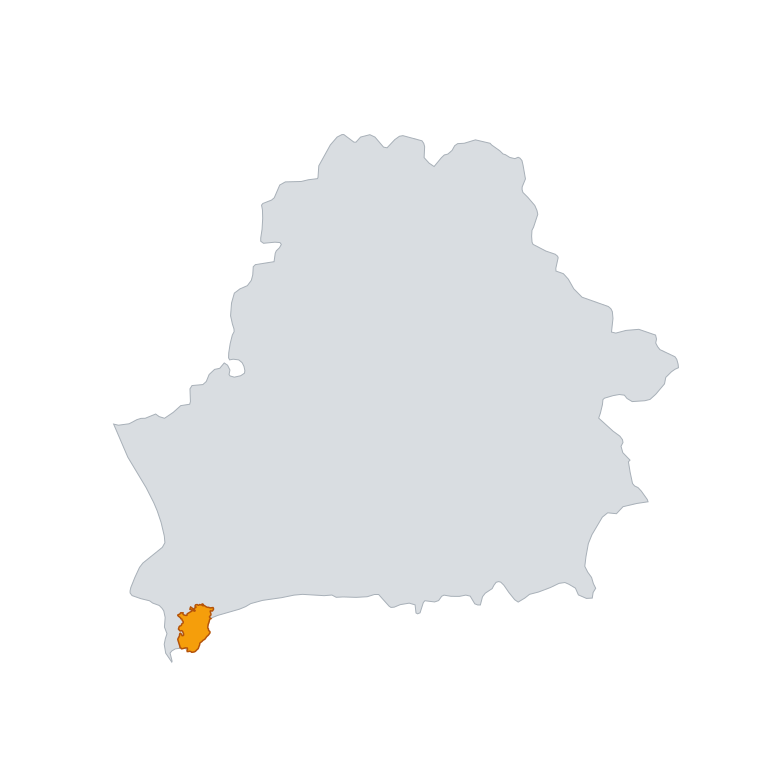 Malaryta, Brest, Belarus shown in context, rotated 348°
{"feature_id": "67162791B17752609820062", "entity_name": "Malaryta", "entity_type": "district", "adm_level": 2, "iso_a3": "BLR", "parent_name": "Belarus", "parent_adm1": "Brest", "projection": "mercator", "projection_center": [24.072, 51.803], "detail": "fine", "context": "in_parent", "style": "filled", "palette": "amber", "viewbox_px": 768, "rotation_deg": 348, "n_neighbors": 0, "source": "geoboundaries", "source_scale": "gbopen_adm2", "svg_char_len": 7633}
<svg xmlns="http://www.w3.org/2000/svg" viewBox="0 0 768 768"><g transform="rotate(348 384 384)"><path d="M617.8,554.1L606.2,553.4L592.3,553.7L584.4,559.2L576.0,556.5L569.9,559.6L556.1,574.6L550.7,582.6L545.6,595.0L542.5,604.1L544.2,610.5L546.8,616.4L547.3,622.8L548.6,627.8L545.2,631.4L543.2,636.7L537.4,635.8L530.3,630.7L528.8,623.5L523.3,618.4L519.7,615.8L513.8,615.4L504.3,617.7L491.9,619.6L482.6,620.0L477.4,622.6L469.9,625.2L467.0,622.2L462.8,613.9L459.4,605.7L457.0,602.1L455.0,601.1L452.4,601.3L449.5,603.9L447.3,606.6L439.5,609.7L436.1,612.6L432.3,620.2L429.7,619.6L427.1,617.9L424.2,609.4L420.1,607.5L413.5,607.4L405.4,605.6L398.8,603.0L396.3,603.6L392.4,607.2L388.2,607.7L378.9,604.5L377.0,606.0L371.7,615.3L369.1,615.8L367.7,614.6L368.5,606.5L363.1,603.6L354.0,603.2L347.6,604.4L344.4,604.0L342.8,602.4L335.0,588.8L330.8,587.9L323.4,588.6L312.4,586.9L299.8,583.8L292.9,582.7L289.2,579.6L281.5,578.6L260.5,572.8L252.0,571.8L239.4,571.7L220.3,570.4L208.0,571.1L202.3,573.0L195.7,574.2L173.0,575.8L164.9,577.3L162.5,580.2L159.9,586.5L150.5,597.4L141.4,604.6L139.7,605.3L134.4,601.4L130.0,600.1L124.8,599.7L121.1,600.9L118.8,602.7L119.1,611.1L118.6,611.9L114.5,601.9L114.9,592.9L117.1,587.8L119.8,583.1L118.7,576.1L121.4,566.9L121.4,560.2L120.3,557.3L118.1,553.9L112.2,550.2L109.6,547.3L101.5,543.4L93.6,538.6L92.2,535.6L92.6,533.6L94.0,530.5L100.1,521.4L106.7,512.6L110.9,509.0L133.2,497.7L136.7,493.7L137.5,487.0L137.2,473.3L135.8,460.9L134.1,452.2L129.8,436.0L118.2,402.3L111.2,367.0L115.7,369.1L126.4,369.9L134.9,367.5L139.3,367.1L143.2,367.9L154.4,365.9L157.2,369.1L162.2,371.9L172.0,367.9L180.7,362.9L189.7,363.4L191.0,361.0L193.2,348.4L195.9,345.6L206.7,346.9L210.7,344.6L214.9,338.4L221.3,334.5L226.6,334.5L232.1,330.2L234.9,333.1L236.2,338.3L234.4,342.5L235.1,344.1L239.0,346.2L245.6,346.1L249.8,344.4L250.7,342.0L250.7,337.7L249.7,333.7L246.9,330.2L241.7,328.4L238.0,328.3L237.4,326.1L238.6,321.3L241.9,312.6L245.8,304.6L248.3,301.6L248.7,298.9L248.2,294.0L248.1,285.4L251.7,273.1L256.5,264.0L262.9,261.0L270.8,259.4L275.8,255.0L278.3,250.0L280.5,242.1L283.0,240.5L301.9,241.5L304.8,233.5L306.4,231.3L310.1,229.0L312.6,226.1L311.6,224.0L306.8,222.6L295.4,221.3L293.1,218.7L293.8,215.5L296.9,207.3L299.8,196.7L301.3,188.4L301.4,183.6L303.1,182.2L312.3,180.7L315.4,179.0L323.4,167.7L329.5,165.8L345.2,168.7L352.5,168.5L361.6,169.3L362.4,168.2L365.6,157.0L381.2,139.0L389.5,132.7L394.7,131.3L396.6,131.7L404.9,141.2L406.9,141.6L412.4,137.6L422.0,137.2L426.5,140.6L432.8,152.2L436.1,153.6L445.5,147.1L450.6,144.9L454.1,145.0L471.7,154.0L472.9,156.9L473.1,160.3L470.3,170.9L474.0,177.3L478.2,181.7L487.3,174.5L490.6,172.5L494.2,172.4L499.1,169.7L502.7,165.6L506.0,164.2L512.5,165.2L524.2,164.2L537.8,170.6L539.0,172.6L545.8,180.0L548.2,183.7L550.4,184.9L554.1,188.5L558.9,190.8L562.3,190.1L563.9,191.3L565.4,194.1L565.5,199.0L565.0,212.8L560.1,220.0L559.5,222.5L559.7,225.5L563.6,231.5L568.6,240.7L569.7,246.0L569.7,250.0L562.9,261.7L560.7,264.4L559.1,270.2L558.3,276.0L558.8,278.4L570.1,287.7L578.5,292.7L580.4,295.2L580.6,296.7L576.1,306.6L575.7,309.3L582.4,313.4L586.1,319.8L589.4,330.3L595.8,340.3L619.6,354.9L621.6,357.6L622.4,360.7L621.6,367.5L617.3,380.5L621.3,382.4L631.8,381.9L644.6,383.5L659.8,392.6L659.9,396.7L658.3,400.4L659.4,404.4L661.0,407.7L674.3,417.9L675.5,420.8L675.8,425.7L675.4,429.3L671.7,430.1L667.7,431.8L661.0,436.1L658.4,442.2L647.6,450.6L641.0,454.4L635.7,454.6L623.1,452.8L618.7,448.7L616.8,444.9L612.0,443.2L605.6,443.0L596.7,443.7L594.9,444.8L593.4,449.5L589.6,457.5L586.9,462.0L598.2,477.7L603.9,484.1L605.7,488.1L605.6,490.9L602.9,494.2L603.3,500.8L608.8,509.6L606.9,510.9L606.4,521.6L606.4,533.0L607.9,535.8L610.9,538.1L613.4,542.2L617.5,551.7L617.8,554.1Z" fill="#d9dde1" stroke="#a8b0b8" stroke-width="1"/><path d="M129.7,599.2L130.0,599.2L130.4,599.8L130.6,600.6L131.0,601.0L132.4,601.0L134.1,600.8L134.9,600.8L135.9,601.1L136.7,601.4L136.7,602.3L136.5,603.0L135.9,603.7L135.9,604.8L136.7,605.0L137.9,605.0L138.6,605.1L139.7,605.8L140.1,606.4L141.3,606.6L142.8,606.6L143.9,606.3L145.7,605.1L147.3,604.2L148.4,602.3L149.1,601.4L149.5,600.7L149.8,599.5L150.6,598.8L152.2,598.1L153.8,597.0L155.7,596.4L156.7,595.5L158.1,594.2L159.9,593.2L160.7,592.5L162.0,591.3L162.2,590.6L162.2,589.9L161.4,588.8L161.2,588.2L161.4,587.1L160.9,586.0L161.2,584.8L162.2,582.3L163.0,581.2L163.6,580.0L164.5,578.1L165.3,577.6L166.0,577.5L165.8,577.2L165.4,576.9L165.1,576.4L164.9,575.9L164.9,575.4L165.3,575.0L165.7,574.7L166.3,574.3L166.6,574.0L166.7,573.8L166.8,573.5L166.9,572.9L166.8,572.1L166.7,570.5L166.7,570.2L166.9,569.9L167.2,569.8L167.5,569.8L168.0,570.1L168.4,570.3L169.0,570.3L169.4,570.0L169.7,569.6L170.0,569.4L170.3,569.1L170.5,568.5L170.5,568.1L170.5,567.6L170.2,567.1L169.8,567.1L169.4,567.0L168.6,567.0L167.8,566.9L167.1,566.7L166.7,566.5L166.4,566.2L166.2,566.0L165.9,566.0L165.5,565.9L164.6,565.6L164.0,565.1L163.3,564.6L162.7,563.8L162.4,563.5L161.9,563.4L161.5,563.3L160.8,563.3L160.5,563.0L160.9,562.8L161.2,562.6L161.5,562.5L161.5,562.1L161.3,561.9L161.0,561.7L160.7,561.4L160.4,561.4L160.1,561.5L159.9,561.8L159.6,561.9L159.2,562.0L158.5,561.8L158.1,561.5L157.8,561.4L157.6,561.4L157.2,561.7L157.0,561.8L156.8,561.8L156.4,561.8L155.9,561.4L155.6,561.0L155.1,560.9L154.8,560.8L154.5,560.8L154.3,560.8L154.1,560.8L153.8,560.9L153.6,561.1L153.4,561.2L153.2,561.5L153.0,562.2L153.0,562.5L153.2,562.8L153.4,562.9L153.7,563.1L153.6,563.3L153.4,563.5L153.2,563.6L152.9,563.6L152.4,563.7L151.9,563.9L151.7,564.2L151.4,564.5L151.3,564.9L151.5,565.3L151.7,565.6L151.8,565.9L152.0,566.1L152.1,566.5L151.8,566.7L151.4,566.8L151.1,566.7L150.8,566.4L150.6,566.0L150.5,565.7L150.5,565.2L150.5,564.8L150.3,564.4L150.3,564.0L150.1,563.8L149.8,563.3L149.5,563.0L149.2,562.8L148.9,562.3L148.5,561.9L148.4,562.0L148.1,562.4L148.0,562.8L147.8,563.1L147.7,563.3L147.5,563.6L147.3,564.0L147.5,564.3L147.9,564.5L148.2,564.5L148.6,564.7L148.9,565.1L149.0,565.4L149.1,565.8L149.0,566.1L148.6,566.3L148.3,566.4L147.9,566.5L147.5,566.6L147.0,566.7L146.5,566.9L145.7,567.2L144.9,567.4L144.3,567.7L143.8,567.9L143.5,568.2L143.4,568.6L143.3,569.1L143.0,569.3L142.6,569.3L142.1,569.1L141.8,569.1L141.3,568.9L140.8,568.6L140.5,568.4L140.2,568.2L139.9,567.9L139.7,567.6L139.6,567.2L139.6,566.9L139.7,566.7L139.8,566.3L139.9,566.0L139.8,565.9L139.5,565.9L139.4,566.0L139.2,566.0L138.9,566.0L138.6,565.8L138.0,565.5L137.7,565.5L137.3,565.7L137.0,566.0L136.7,566.4L136.2,566.6L135.7,566.7L135.1,566.8L134.8,566.9L134.4,567.0L134.2,567.2L134.2,567.5L134.4,567.9L134.5,568.2L134.7,568.5L135.2,569.0L135.6,569.5L136.0,569.9L136.3,570.3L136.3,570.6L136.4,571.0L136.5,571.4L136.8,571.5L137.1,571.7L137.4,572.0L137.4,572.3L137.5,572.9L137.5,573.3L137.7,573.7L138.0,574.2L138.1,574.4L138.2,574.8L138.1,575.3L137.9,575.8L137.6,576.1L137.2,576.2L136.8,576.4L136.4,576.6L136.1,576.8L136.0,577.0L135.9,577.4L135.8,577.7L135.6,577.9L135.0,578.2L134.5,578.3L134.1,578.3L133.7,578.4L133.5,578.6L133.2,578.8L132.9,579.3L132.7,579.7L132.5,580.0L132.3,580.3L132.1,580.7L132.0,581.1L132.2,581.5L132.4,581.7L132.6,582.0L132.8,582.7L133.3,583.2L134.0,583.2L134.6,583.2L135.0,583.3L135.3,583.7L135.4,583.9L135.5,584.1L135.7,584.4L135.7,584.9L135.8,585.7L136.0,586.0L136.0,586.6L135.9,587.2L135.8,587.9L135.3,588.3L134.6,588.3L134.2,588.2L134.0,587.8L134.0,587.2L133.8,586.8L133.6,586.4L133.5,585.9L133.2,585.6L132.9,585.4L132.7,585.5L132.3,585.8L132.1,586.3L131.9,586.7L131.8,587.2L131.7,587.5L131.5,587.9L131.1,588.3L130.8,588.8L130.2,589.4L129.9,589.8L129.5,590.3L129.2,590.9L129.2,591.8L129.3,593.0L129.4,593.9L129.5,595.1L129.6,596.1L129.7,597.0L129.8,598.1L129.7,599.2Z" fill="#f59e0b" stroke="#b45309" stroke-width="1.5"/></g></svg>